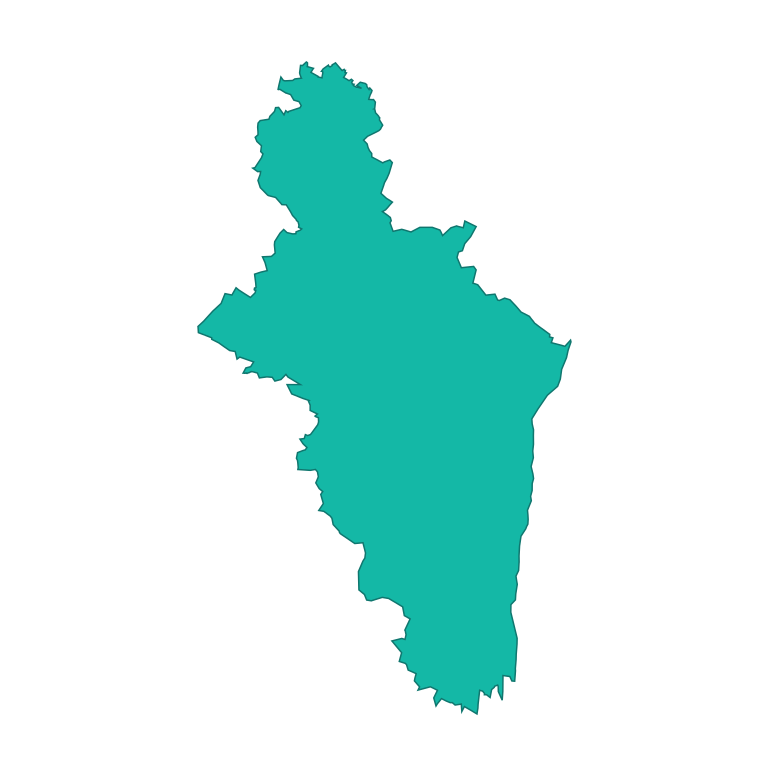 outline of Central Karoo, Western Cape, South Africa, rotated 283°
{"feature_id": "47623444B66747201173997", "entity_name": "Central Karoo", "entity_type": "district", "adm_level": 2, "iso_a3": "ZAF", "parent_name": "South Africa", "parent_adm1": "Western Cape", "projection": "equal_earth", "projection_center": [22.176, -32.556], "detail": "fine", "context": "isolated", "style": "filled", "palette": "teal", "viewbox_px": 768, "rotation_deg": 283, "n_neighbors": 0, "source": "geoboundaries", "source_scale": "gbopen_adm2", "svg_char_len": 6091}
<svg xmlns="http://www.w3.org/2000/svg" viewBox="0 0 768 768"><g transform="rotate(283 384 384)"><path d="M675.7,231.0L668.1,231.8L666.7,232.5L663.6,234.5L663.4,234.7L661.2,228.5L659.2,226.7L657.1,219.3L657.2,217.6L659.9,214.5L651.8,214.4L647.2,214.5L647.1,214.8L647.7,216.2L647.7,216.3L645.4,223.1L645.5,223.3L645.0,227.9L640.3,232.3L640.0,237.7L636.6,240.7L634.3,240.0L628.2,229.9L627.0,229.3L628.2,226.8L623.8,226.0L629.8,219.1L628.9,216.2L625.0,216.0L622.2,214.4L619.2,212.6L616.1,212.3L612.8,204.1L609.9,202.6L605.9,203.1L601.7,204.4L598.5,205.2L595.4,203.0L591.7,205.6L588.6,211.0L582.7,211.6L581.0,214.3L576.8,213.7L565.8,209.6L564.8,207.6L562.5,213.1L563.3,216.0L560.3,216.2L554.0,215.4L547.5,219.3L542.0,227.9L541.6,228.9L541.4,236.4L536.7,243.0L535.8,244.1L536.6,248.5L530.7,254.3L527.6,257.0L524.7,261.3L523.6,262.0L522.8,263.7L519.7,265.4L517.5,265.5L516.6,268.9L515.0,267.8L512.5,264.1L510.6,264.3L509.7,261.3L509.7,255.4L512.0,251.5L507.7,248.8L502.9,247.1L498.2,245.5L494.9,245.9L487.1,248.5L483.0,245.6L480.6,237.0L475.5,240.8L468.2,244.7L465.3,238.8L461.9,233.2L453.2,236.4L449.3,237.6L449.2,237.6L448.7,237.2L448.6,236.9L448.5,236.4L448.4,236.3L448.2,236.2L447.9,236.5L447.7,236.5L447.3,236.4L446.9,236.3L446.6,236.4L446.5,236.5L446.3,237.2L446.4,238.0L443.8,237.9L438.3,234.4L440.8,227.2L443.0,221.2L444.5,218.2L436.5,215.8L436.3,208.8L426.8,207.3L425.9,207.2L416.5,200.8L404.7,194.2L403.5,193.4L398.2,189.8L397.7,190.0L392.3,191.6L390.3,205.7L388.8,206.1L386.9,213.8L384.4,219.8L381.9,226.1L382.2,231.7L375.2,235.2L377.8,237.4L376.2,252.0L370.9,250.2L368.6,245.8L363.0,244.3L363.1,244.6L363.0,245.1L363.0,245.3L363.1,245.8L363.2,246.1L363.5,246.7L363.5,247.0L363.6,246.9L363.8,247.1L363.8,247.5L363.7,247.8L363.7,248.1L363.8,248.5L364.1,249.0L364.3,249.2L364.5,249.4L364.6,249.8L364.8,250.1L364.9,250.4L365.1,250.6L365.3,250.8L365.8,251.1L365.9,251.6L366.2,251.8L366.3,251.9L366.3,252.0L366.2,252.5L366.4,253.1L366.4,253.4L366.4,253.6L366.2,258.2L361.9,261.2L364.6,268.3L365.4,273.6L362.3,277.0L365.2,282.6L371.3,286.3L369.2,288.8L364.6,302.7L361.6,289.7L353.6,296.3L351.7,308.3L351.1,314.7L350.5,314.1L346.8,316.8L341.6,318.0L339.8,325.9L337.2,324.0L336.8,324.8L336.4,327.7L332.2,328.8L329.4,328.6L320.3,324.7L318.2,323.7L316.6,321.2L317.0,318.8L313.5,318.6L312.9,318.5L311.4,314.5L309.5,316.5L307.7,318.4L306.6,320.1L304.8,323.2L302.1,322.1L300.8,319.8L297.7,315.2L291.9,315.4L290.1,316.9L287.7,317.8L283.3,319.2L281.3,319.3L282.0,323.6L283.3,331.6L285.3,336.4L283.5,338.9L278.8,340.9L275.8,340.4L272.3,339.8L267.5,344.4L265.4,348.5L262.2,347.2L253.9,351.8L246.1,348.9L246.4,354.0L243.2,361.4L241.4,363.5L235.6,366.1L230.6,373.4L229.2,374.1L228.3,375.2L222.0,391.4L224.6,399.2L218.0,402.6L215.2,404.0L210.1,404.5L206.7,403.3L195.5,401.3L177.7,405.9L174.5,412.3L169.6,415.7L169.9,420.4L172.0,423.9L175.7,430.3L176.1,436.8L171.1,452.3L162.9,455.9L161.0,462.3L148.9,459.7L148.8,460.0L144.6,461.9L139.8,461.9L140.1,458.6L135.4,449.5L126.2,461.6L117.1,461.3L116.6,467.6L115.6,469.1L110.7,471.9L109.7,477.2L109.0,480.5L104.6,480.3L101.6,480.4L96.9,486.8L93.4,486.0L99.4,497.3L98.8,500.1L97.6,505.0L89.3,503.1L82.0,507.1L84.4,507.9L90.4,510.8L89.1,516.0L88.4,520.3L88.9,522.2L87.2,525.5L89.5,531.3L82.4,533.5L87.8,534.9L85.6,542.1L83.4,548.8L89.3,548.4L93.2,547.7L107.1,546.1L106.9,549.2L105.0,551.6L103.8,551.7L104.3,553.8L102.4,557.9L110.5,557.6L113.2,559.6L114.5,559.9L116.2,562.5L115.0,563.3L110.0,564.6L102.5,570.3L111.3,568.9L126.7,565.5L127.3,572.4L123.4,575.4L123.8,578.2L134.2,576.6L136.2,576.0L145.1,574.7L150.5,573.6L160.5,572.1L166.2,570.9L190.1,558.9L197.6,557.3L203.2,560.6L209.1,559.6L218.8,558.9L222.4,557.4L226.5,555.8L232.6,557.1L239.5,555.9L240.9,555.7L247.0,554.2L256.7,552.5L266.5,551.7L274.8,554.7L277.2,555.0L279.8,555.7L284.5,554.9L288.7,553.7L293.3,552.2L303.4,553.8L307.6,552.1L313.5,552.3L320.3,550.8L325.5,551.0L329.9,549.3L336.7,545.9L345.8,546.1L352.2,544.0L358.9,543.2L367.6,541.1L373.0,540.0L378.6,537.3L383.3,535.9L394.5,539.7L409.8,545.7L420.8,553.7L428.4,554.7L438.3,553.8L450.7,555.9L458.2,555.8L467.1,556.7L468.7,555.9L461.4,551.8L461.6,548.7L461.9,537.7L467.0,538.2L467.1,534.7L469.6,534.4L474.9,522.0L476.3,519.0L476.5,518.6L477.1,517.1L478.7,515.3L480.6,512.8L482.6,510.5L484.9,501.4L489.6,495.0L494.4,487.8L494.8,482.2L491.3,477.6L491.4,475.8L496.5,471.9L493.5,463.3L501.8,453.0L502.3,447.9L515.9,448.1L518.7,444.9L514.7,433.2L523.7,426.7L529.4,426.9L531.5,430.4L538.9,431.1L547.1,435.3L558.1,438.4L561.0,426.1L554.1,426.1L554.1,424.2L554.2,420.1L554.4,419.3L551.8,415.0L551.3,414.1L541.8,407.7L544.9,405.3L546.6,403.8L547.5,395.8L546.0,389.2L544.7,383.7L538.2,376.1L538.6,369.2L538.7,366.5L534.8,358.5L542.4,353.6L544.7,354.3L547.7,352.7L548.3,351.3L549.0,350.0L551.6,343.7L554.1,346.4L554.7,346.7L556.6,347.8L560.1,349.6L563.1,351.3L564.5,347.5L565.4,344.7L569.1,338.1L577.5,339.0L580.3,339.2L585.1,340.6L590.6,341.6L601.6,342.3L603.6,339.3L600.4,334.3L599.2,333.1L601.1,326.2L601.8,323.4L602.5,321.0L605.8,320.2L608.2,317.3L610.9,315.2L614.1,313.6L617.0,309.2L621.7,312.3L627.9,319.9L629.7,322.0L631.3,323.1L631.7,323.3L634.2,323.9L634.8,324.2L635.9,324.5L639.5,321.0L640.2,320.2L642.4,319.9L642.4,319.7L643.8,318.4L645.0,316.8L646.3,314.8L649.8,313.1L649.8,312.7L650.0,313.0L656.7,312.2L658.8,309.8L658.4,308.5L657.9,305.1L658.5,305.1L662.6,305.5L665.5,306.2L667.3,306.3L669.2,303.6L667.6,303.2L669.9,300.5L671.8,299.8L672.6,298.1L672.7,293.0L668.8,290.3L667.0,295.6L667.2,291.7L667.0,290.5L667.8,287.4L668.0,287.0L668.9,287.2L669.3,287.4L669.2,285.7L669.7,285.4L670.9,284.6L672.6,285.5L673.6,283.7L671.7,281.7L672.7,278.8L673.6,275.7L678.7,277.4L678.7,275.9L680.9,275.9L680.7,275.0L681.6,274.4L680.8,273.4L680.0,272.8L680.0,272.6L686.0,264.5L684.4,262.9L683.4,261.7L682.6,261.9L680.8,260.1L681.3,258.7L682.2,258.1L681.4,257.4L677.3,253.8L676.3,253.4L674.6,252.7L674.7,253.9L673.4,254.4L670.3,254.5L668.4,254.7L668.3,250.7L668.9,250.6L671.2,242.7L674.5,243.8L675.7,244.3L676.0,237.8L676.7,237.9L679.7,237.2L680.1,236.5L680.3,235.9L675.9,232.9L675.9,232.2L675.7,231.0Z" fill="#14b8a6" stroke="#0f766e" stroke-width="1.5"/></g></svg>